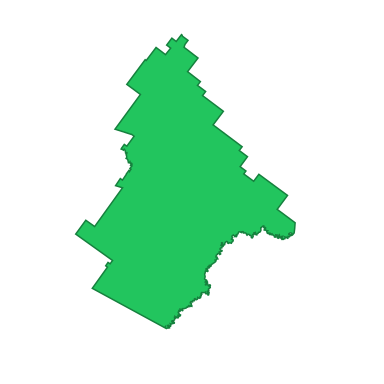 outline of Wentworth, New South Wales, Australia, rotated 299°
{"feature_id": "25037944B48452017149194", "entity_name": "Wentworth", "entity_type": "district", "adm_level": 2, "iso_a3": "AUS", "parent_name": "Australia", "parent_adm1": "New South Wales", "projection": "orthographic", "projection_center": [141.921, -33.671], "detail": "fine", "context": "isolated", "style": "filled", "palette": "green", "viewbox_px": 384, "rotation_deg": 299, "n_neighbors": 0, "source": "geoboundaries", "source_scale": "gbopen_adm2", "svg_char_len": 6053}
<svg xmlns="http://www.w3.org/2000/svg" viewBox="0 0 384 384"><g transform="rotate(299 192 192)"><path d="M312.1,132.3L314.7,114.9L317.6,114.3L322.7,115.0L323.6,108.2L324.5,107.1L324.6,106.5L316.0,105.2L316.8,99.8L308.2,98.6L307.5,103.6L299.3,102.2L301.0,90.5L284.8,88.2L285.0,86.9L254.5,82.8L252.3,99.6L209.6,94.2L213.0,111.2L213.2,111.3L212.7,114.3L200.5,112.8L200.8,109.7L195.7,109.1L195.2,109.3L195.5,109.7L195.3,110.0L195.5,110.9L195.3,111.7L196.1,111.9L196.1,112.3L196.5,112.2L196.3,112.8L195.5,114.0L194.7,114.2L194.3,115.1L194.6,115.6L193.8,115.4L193.8,116.3L193.1,116.1L192.9,116.5L192.4,116.6L192.0,117.2L190.7,118.1L189.4,118.1L189.5,119.0L189.2,120.1L186.8,122.2L187.0,122.6L188.2,123.1L187.6,123.4L187.7,124.3L187.2,124.0L187.1,124.6L186.8,124.9L187.5,125.1L187.4,126.0L186.0,125.9L185.5,125.5L185.4,125.8L186.1,126.5L185.6,126.8L185.2,126.3L185.0,126.7L182.5,126.3L182.4,127.6L180.2,127.4L180.7,127.1L180.5,126.4L175.9,125.8L175.4,126.0L168.7,125.4L169.0,122.8L160.5,122.1L162.0,129.2L114.6,123.6L115.8,112.8L98.8,110.7L93.6,155.7L89.5,155.2L89.7,152.7L85.6,152.3L85.3,154.5L59.4,151.5L60.1,233.8L61.1,234.0L60.2,234.4L60.1,235.7L60.9,236.4L61.6,236.7L61.7,237.7L62.3,238.2L62.6,237.8L62.2,237.1L63.1,236.6L63.0,235.5L63.4,235.3L64.2,236.2L63.8,237.1L64.1,238.3L64.7,238.3L65.1,237.9L66.0,237.5L66.3,237.0L66.6,238.1L67.0,238.5L68.2,238.4L68.4,238.7L68.0,239.4L68.7,240.1L69.2,239.9L69.5,239.3L69.3,238.2L68.5,237.8L69.1,237.0L69.8,237.1L70.4,238.2L71.7,238.7L72.5,238.5L73.4,237.8L73.4,238.3L73.9,238.5L74.1,237.7L74.9,237.4L74.7,238.0L75.0,238.6L74.0,239.0L74.3,239.2L75.0,239.1L75.0,240.7L75.5,241.0L76.2,240.8L76.7,239.8L77.1,239.6L77.1,240.6L77.4,241.4L78.1,241.8L78.9,241.6L78.9,240.9L78.3,240.3L78.8,240.2L78.9,239.7L79.5,239.5L79.7,238.7L80.1,238.2L80.6,238.2L81.1,238.7L81.7,238.2L81.7,239.1L82.4,239.6L83.1,239.3L83.2,238.5L83.7,238.2L84.2,239.6L83.7,240.6L83.7,241.3L84.2,241.3L84.7,240.2L85.4,240.2L86.3,241.8L87.8,243.2L89.3,243.5L89.2,244.1L89.5,244.3L91.1,244.2L91.2,244.6L90.7,245.7L91.1,245.9L91.6,245.7L92.0,245.9L91.7,246.6L91.9,247.3L92.5,247.0L92.7,246.3L94.0,245.6L94.2,244.2L95.2,244.0L95.6,244.2L95.7,245.2L96.2,245.9L96.5,245.8L96.3,245.1L97.4,245.3L98.1,246.8L98.5,246.7L99.6,245.9L100.0,246.0L100.3,246.5L99.8,247.6L100.0,248.2L100.9,248.7L102.6,248.1L102.5,249.8L103.6,250.7L104.1,250.6L104.2,249.9L105.7,250.4L106.1,250.2L106.2,249.7L107.4,250.2L107.7,249.9L107.8,249.1L108.8,249.2L110.1,251.8L110.9,252.2L109.7,253.4L109.8,253.8L110.9,254.8L110.8,255.3L109.7,255.7L109.7,256.1L110.1,256.4L112.4,255.7L112.7,255.1L112.1,253.9L112.4,253.5L112.8,253.6L113.5,254.5L113.8,254.6L114.6,254.1L115.0,253.4L115.7,253.5L116.3,254.0L117.3,254.3L117.7,254.0L117.9,252.9L118.5,253.5L119.2,253.4L119.5,253.0L119.4,252.5L118.2,252.3L117.9,251.8L118.2,251.2L119.1,250.7L119.2,250.0L118.8,249.2L117.7,249.4L117.4,249.2L117.3,248.8L117.6,248.6L118.4,249.1L119.3,248.4L120.1,249.3L120.7,249.3L120.9,249.0L120.9,248.4L120.0,247.2L120.4,247.2L121.0,247.9L121.6,248.0L122.0,247.3L121.8,246.1L122.1,245.1L124.2,244.6L126.5,242.7L127.6,242.8L128.2,242.4L129.5,242.1L129.7,242.4L129.9,244.0L130.6,244.3L131.6,243.2L131.2,241.8L131.8,241.5L133.2,243.0L133.9,242.8L134.4,242.2L134.8,242.3L134.7,242.6L133.9,243.3L133.9,243.7L134.3,244.0L134.8,243.9L136.3,242.8L136.5,243.1L136.0,244.2L136.2,244.5L136.6,244.5L137.2,243.9L137.6,244.3L138.6,244.4L139.2,244.9L140.0,245.1L141.0,245.8L142.6,246.4L143.5,245.4L143.7,246.2L145.2,245.9L146.0,247.0L146.5,246.2L147.2,245.4L146.8,244.3L148.7,243.9L149.6,244.4L150.5,244.3L151.3,245.6L150.8,246.6L151.7,247.1L152.1,246.7L152.2,245.2L152.7,244.8L154.5,246.8L155.2,246.8L155.4,246.5L155.1,245.6L155.2,244.9L155.5,244.3L156.0,244.0L156.7,244.1L157.5,245.1L158.0,244.7L159.4,245.5L160.3,245.5L160.6,245.2L159.7,244.5L159.5,243.2L160.8,243.3L161.9,242.5L162.3,242.9L162.3,243.3L161.5,243.9L161.0,244.8L161.1,245.6L161.8,246.1L163.0,245.6L164.3,245.6L165.6,246.3L165.7,247.1L165.4,247.6L164.7,247.8L164.6,248.6L164.8,248.9L165.8,249.4L166.3,251.3L167.3,251.1L168.5,251.7L169.9,251.4L170.1,251.1L169.8,249.9L169.9,249.3L171.7,249.7L172.2,248.6L172.7,248.3L174.5,248.9L173.8,251.0L174.5,251.0L174.2,251.6L174.4,252.4L175.6,252.5L175.9,251.6L176.2,251.5L177.6,252.5L179.6,252.2L180.5,253.2L180.4,253.8L180.6,255.4L181.1,255.4L181.4,254.9L182.1,255.8L182.0,256.4L181.2,257.3L182.1,258.3L182.0,259.9L181.2,260.3L180.9,261.1L182.0,261.4L182.6,262.4L182.1,263.6L182.5,264.3L182.5,264.8L180.9,266.0L180.9,266.7L181.2,267.1L182.9,267.0L184.3,265.8L184.9,266.8L186.2,265.9L187.4,267.0L187.2,267.2L186.4,267.1L186.0,267.6L185.6,268.7L185.9,269.5L187.0,269.1L187.7,269.8L189.1,269.9L189.6,270.7L190.5,271.0L192.1,270.8L193.6,269.7L194.1,269.5L194.7,270.1L195.3,270.0L196.9,270.7L197.0,271.6L196.2,271.5L195.8,272.0L196.0,272.9L196.5,273.5L196.3,273.8L195.8,273.9L194.5,273.2L193.7,273.7L194.0,274.1L194.8,273.8L195.2,274.0L195.1,274.3L194.2,274.7L194.4,276.2L194.7,276.8L193.7,276.5L192.5,277.8L192.5,278.1L193.0,278.3L192.6,278.7L192.6,279.1L193.4,279.6L192.6,280.5L192.5,280.8L192.8,281.1L193.8,280.9L193.7,281.5L193.3,282.0L194.1,282.4L193.4,283.0L193.8,283.8L193.4,285.3L192.7,285.8L192.7,286.5L193.0,286.8L193.7,286.4L194.5,286.7L195.2,286.1L195.7,287.5L194.8,287.3L194.5,287.8L193.7,288.3L193.3,289.0L193.3,289.9L194.3,290.5L194.5,289.6L195.0,289.1L196.7,289.3L195.9,290.0L195.7,290.7L194.8,291.9L195.3,292.4L196.6,292.0L197.2,292.7L194.3,293.2L194.1,293.7L194.5,294.2L195.1,293.9L194.9,294.9L195.9,295.4L196.2,295.9L197.2,295.7L197.7,295.0L197.8,295.8L198.2,296.4L197.8,297.4L197.9,298.2L198.3,298.3L199.7,297.5L200.0,298.0L200.1,299.0L201.6,299.1L202.2,300.1L202.7,300.1L202.9,299.8L202.2,298.7L201.9,297.2L202.5,296.9L203.5,297.4L203.9,297.9L204.3,299.2L203.6,300.0L202.9,300.3L203.0,300.7L205.7,301.2L209.7,299.6L215.1,297.1L218.1,274.9L235.3,277.2L239.9,241.9L231.3,240.7L232.9,228.5L236.5,229.0L237.5,221.8L249.8,223.4L251.2,213.2L255.9,213.9L260.9,177.9L277.8,180.3L281.4,154.5L286.5,155.2L287.9,145.1L292.6,145.8L295.1,129.8L312.1,132.3Z" fill="#22c55e" stroke="#15803d" stroke-width="1.5"/></g></svg>